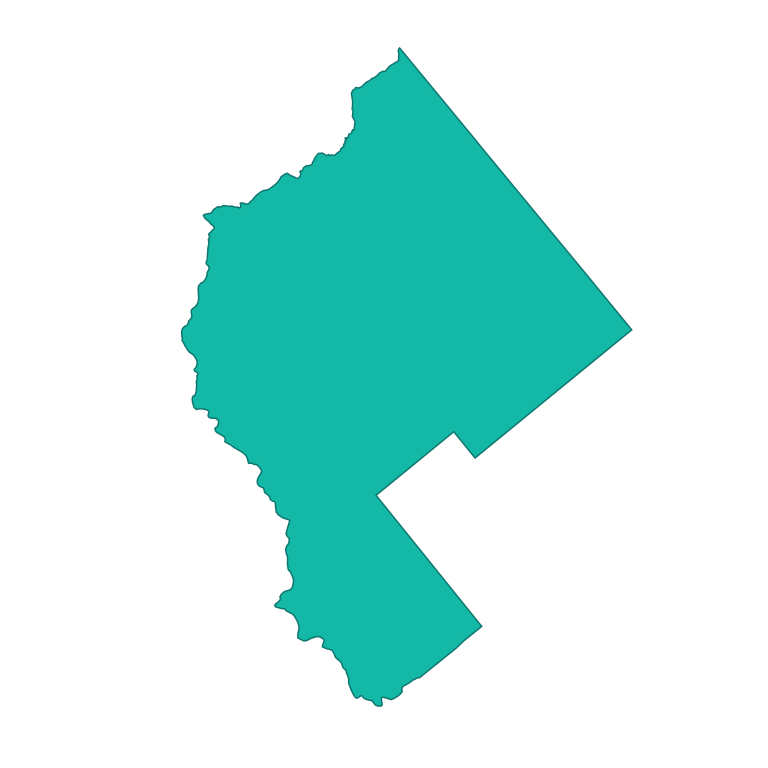 La Paz, Arizona, United States of America, rotated 321°
{"feature_id": "52423323B41781381522782", "entity_name": "La Paz", "entity_type": "district", "adm_level": 2, "iso_a3": "USA", "parent_name": "United States of America", "parent_adm1": "Arizona", "projection": "orthographic", "projection_center": [-114.201, 33.672], "detail": "fine", "context": "isolated", "style": "filled", "palette": "teal", "viewbox_px": 768, "rotation_deg": 321, "n_neighbors": 0, "source": "geoboundaries", "source_scale": "gbopen_adm2", "svg_char_len": 6171}
<svg xmlns="http://www.w3.org/2000/svg" viewBox="0 0 768 768"><g transform="rotate(321 384 384)"><path d="M349.6,139.5L349.6,140.4L349.2,142.4L349.6,145.2L350.3,148.2L350.0,149.7L350.1,150.7L350.7,152.8L350.8,153.8L350.8,154.9L350.3,155.8L349.4,156.5L346.8,156.5L344.8,157.0L342.7,157.0L342.0,157.4L341.6,158.2L341.2,159.5L340.5,160.3L338.4,161.2L337.5,163.0L337.4,163.5L336.8,164.1L332.7,167.6L327.1,173.6L326.0,175.1L324.8,176.1L322.3,177.6L321.7,178.2L321.5,178.9L321.8,182.0L321.1,183.9L320.3,184.7L316.7,186.1L315.6,187.5L312.4,189.7L307.9,191.1L305.6,190.4L301.8,191.0L300.0,192.5L293.7,201.0L291.0,203.4L289.8,204.1L286.1,205.2L282.2,205.0L280.6,205.5L279.5,206.6L278.2,209.2L276.3,211.2L275.4,211.6L272.2,212.1L268.5,214.4L265.1,213.8L263.6,213.9L261.8,214.4L260.4,215.4L258.9,217.0L257.1,219.5L256.5,221.1L254.8,222.8L254.5,223.2L254.1,226.2L253.4,229.2L252.8,234.7L252.8,236.2L253.0,237.6L254.0,240.6L254.2,242.5L253.8,246.2L253.1,248.4L252.4,249.6L251.3,250.9L249.3,252.3L247.8,252.9L246.5,252.9L245.7,253.2L245.2,253.9L245.1,254.6L245.2,255.4L246.0,257.4L246.0,258.4L245.7,259.2L245.3,259.5L244.1,259.7L243.6,259.9L242.5,261.8L241.0,263.2L239.2,264.4L238.9,264.8L238.7,265.7L238.1,266.6L234.8,270.0L233.2,271.9L230.1,273.7L229.6,273.8L228.1,273.3L226.1,274.3L223.9,277.3L221.7,282.4L221.9,284.8L222.3,285.8L225.0,287.2L227.2,289.1L229.4,291.6L230.4,293.5L230.6,294.4L230.6,295.2L230.3,295.7L229.6,296.3L228.7,296.7L227.9,297.4L227.4,297.9L227.1,298.5L227.0,299.1L227.1,299.8L227.8,301.4L231.7,304.9L232.0,305.6L232.1,308.3L231.8,309.2L231.3,309.8L228.3,312.0L227.7,312.2L225.2,312.0L224.4,312.4L223.9,313.4L223.6,314.6L223.5,316.0L224.8,319.7L225.5,321.0L226.4,323.9L226.6,324.9L226.3,326.2L225.7,327.3L224.3,328.4L224.0,328.9L226.5,334.9L227.6,339.2L230.7,347.2L231.4,350.1L231.6,351.7L231.5,353.8L231.0,355.6L230.3,357.4L228.9,360.3L229.6,361.1L230.7,361.7L231.6,362.7L232.1,364.0L232.7,364.9L234.0,366.1L234.6,368.0L234.8,370.5L234.3,374.2L234.0,374.8L231.3,376.3L228.9,376.9L226.7,378.0L225.1,379.0L223.9,380.3L223.1,381.6L222.7,383.2L222.8,384.7L223.3,385.9L224.7,388.5L224.7,389.8L223.1,392.9L223.1,393.9L223.4,395.2L223.8,396.3L224.1,397.8L224.1,399.5L223.2,401.7L223.2,403.5L223.8,405.0L224.5,405.9L224.8,406.8L224.8,408.0L224.1,408.9L223.4,409.8L219.6,415.7L219.7,419.9L221.1,424.3L224.1,428.9L224.8,430.3L224.8,430.9L219.1,434.7L213.6,438.8L213.4,439.2L213.0,441.7L213.1,444.1L213.0,444.6L210.2,447.6L208.8,448.2L206.6,448.6L204.1,450.2L203.0,451.3L201.2,454.7L200.4,457.2L199.7,458.3L197.7,460.9L196.2,462.4L192.8,467.9L192.7,468.7L193.0,471.4L191.4,476.9L190.6,479.0L188.8,481.1L186.1,483.4L184.1,484.6L183.0,484.8L181.2,484.8L176.2,482.7L171.7,482.8L169.2,483.9L168.9,484.3L168.8,485.1L168.5,485.5L167.2,486.5L164.2,486.9L161.3,486.7L160.0,487.2L159.6,487.8L159.5,488.2L159.5,488.8L160.3,490.2L163.3,494.3L165.0,495.9L165.3,496.5L165.4,497.3L165.3,498.8L168.0,504.9L168.3,506.6L168.3,508.2L167.3,514.2L165.9,517.8L165.0,519.5L164.1,520.6L159.9,523.9L157.9,526.3L157.4,527.0L157.4,527.6L160.0,533.2L160.5,533.6L161.7,534.3L163.9,535.1L166.6,535.6L169.3,536.5L172.6,537.9L173.8,538.9L175.0,540.2L176.4,544.0L176.5,544.8L175.8,545.9L171.3,548.8L170.8,549.4L170.9,549.9L173.0,553.9L174.5,555.7L175.7,557.6L176.0,558.5L175.9,560.0L175.2,563.3L174.3,566.1L174.5,567.6L175.4,572.1L175.3,573.1L175.2,574.6L174.1,577.3L173.7,579.2L174.2,581.8L174.0,583.2L173.1,584.8L172.3,587.6L171.5,589.9L170.5,591.6L168.3,594.1L166.0,600.9L165.2,604.2L164.6,607.2L164.6,609.7L165.0,610.8L165.6,611.3L166.8,611.5L168.9,611.6L169.6,611.8L170.7,612.5L170.9,612.9L170.6,614.3L170.7,615.5L171.4,617.5L175.5,622.9L175.2,626.7L175.6,628.8L176.6,630.4L178.4,632.0L179.3,632.4L180.1,632.4L180.8,632.0L181.7,630.7L183.7,627.0L184.7,626.2L186.1,627.0L186.8,627.6L188.5,630.0L190.4,633.1L191.2,633.8L193.5,634.6L199.3,635.3L202.9,635.0L203.8,634.8L204.6,634.3L205.7,632.6L206.7,631.5L207.7,631.1L208.8,631.0L214.8,632.1L219.6,632.3L224.5,633.3L225.6,633.7L226.8,634.6L274.1,634.7L284.5,633.8L307.4,633.9L307.8,465.5L408.2,465.0L408.2,498.8L610.6,497.8L610.2,424.4L608.6,256.4L608.7,256.0L607.6,132.7L606.7,132.8L604.7,134.0L603.7,136.3L598.7,141.9L588.9,140.5L583.9,141.2L582.4,141.9L581.4,141.6L579.8,140.2L576.1,139.5L573.0,140.0L569.8,139.9L566.6,139.0L563.4,139.2L560.9,138.4L556.5,138.6L554.0,138.9L553.1,138.8L552.5,138.5L550.6,138.1L550.0,137.5L549.7,136.8L549.0,136.2L548.5,135.9L548.2,135.9L547.9,136.2L547.9,136.4L547.1,136.6L546.1,136.2L544.6,136.1L541.6,137.6L537.5,144.6L534.0,148.7L532.4,150.0L531.8,152.3L527.8,156.2L526.6,162.1L524.4,163.9L520.8,167.6L520.3,167.4L520.1,167.1L519.8,166.8L518.4,167.2L518.4,167.5L517.0,168.3L515.4,168.3L514.6,168.1L514.1,167.8L513.6,167.9L511.8,169.4L510.6,169.6L510.3,170.0L509.8,170.0L509.8,169.8L509.5,169.1L509.5,168.7L509.0,168.4L508.4,168.7L508.1,169.1L508.4,169.5L508.3,170.0L507.9,170.8L507.5,170.8L507.4,170.6L507.0,170.5L506.6,170.7L504.7,172.7L504.1,172.6L503.7,172.3L503.3,172.6L502.0,174.4L501.2,173.9L500.5,173.9L500.0,174.1L499.2,174.1L498.2,174.1L497.8,174.7L496.7,175.3L492.9,175.1L489.5,175.2L488.4,174.2L487.4,173.0L486.8,172.7L486.0,172.4L485.5,171.9L485.6,171.3L485.3,170.8L483.4,170.5L482.9,170.2L482.5,169.1L482.5,168.4L481.4,165.8L478.1,163.5L475.3,164.1L474.4,164.5L473.7,164.5L471.8,165.1L469.9,166.2L468.8,166.5L467.8,166.9L466.6,167.9L465.5,168.1L462.7,166.8L460.8,165.6L458.7,165.5L457.9,165.3L457.1,165.5L455.7,166.5L454.1,166.7L453.6,166.2L452.6,165.8L452.0,166.6L451.9,167.9L451.6,168.5L450.9,169.0L450.0,169.5L447.7,170.2L446.4,170.1L445.3,168.7L444.3,166.2L442.2,162.4L441.7,160.0L441.2,159.2L439.2,158.6L438.4,158.6L436.9,158.3L434.0,158.3L432.5,159.1L428.2,160.3L425.3,160.6L417.5,160.3L415.7,159.8L412.2,157.9L409.8,157.3L404.1,157.0L399.5,157.7L397.7,158.2L394.1,158.2L393.0,158.7L391.6,158.4L390.3,157.8L389.8,156.9L387.6,153.9L386.7,153.3L386.2,153.1L385.5,153.9L385.3,154.8L384.7,155.6L383.7,156.4L382.7,156.3L382.2,156.0L382.0,155.5L382.0,155.0L380.2,153.4L379.1,152.5L378.8,151.8L378.3,150.6L377.1,149.4L376.2,149.1L375.7,148.8L372.5,145.2L370.4,143.9L368.6,143.8L366.2,141.6L361.3,141.2L357.3,142.5L350.9,139.1L349.6,139.5Z" fill="#14b8a6" stroke="#0f766e" stroke-width="1.5"/></g></svg>